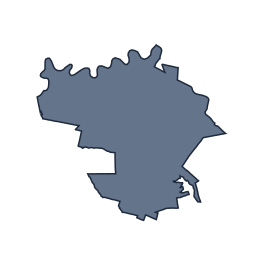 the district of Butea, Iasi, Romania, rotated 102°
{"feature_id": "2599482B5832134522428", "entity_name": "Butea", "entity_type": "district", "adm_level": 2, "iso_a3": "ROU", "parent_name": "Romania", "parent_adm1": "Iasi", "projection": "mercator", "projection_center": [26.967, 47.08], "detail": "fine", "context": "isolated", "style": "filled", "palette": "slate", "viewbox_px": 256, "rotation_deg": 102, "n_neighbors": 0, "source": "geoboundaries", "source_scale": "gbopen_adm2", "svg_char_len": 5716}
<svg xmlns="http://www.w3.org/2000/svg" viewBox="0 0 256 256"><g transform="rotate(102 128 128)"><path d="M108.9,218.0L109.6,218.4L111.7,219.2L113.8,220.3L114.4,220.7L115.1,221.5L116.5,223.3L120.6,221.6L123.4,220.4L131.1,217.0L129.9,216.5L132.5,214.8L132.6,215.1L132.9,215.9L134.3,215.2L134.4,214.7L136.7,213.2L136.8,213.0L136.7,212.8L136.6,212.4L136.6,211.9L136.6,206.9L136.5,206.4L136.5,201.3L136.5,200.6L136.4,199.5L136.2,196.2L136.3,195.1L136.2,193.8L136.0,178.3L135.9,176.4L139.6,178.6L140.3,179.1L140.6,178.8L140.5,177.8L140.6,175.2L140.6,172.8L141.8,172.8L149.3,172.8L156.0,173.0L156.3,172.4L156.2,171.9L156.4,170.6L156.2,169.5L156.4,169.3L157.0,168.9L157.2,168.3L157.1,167.9L156.5,167.5L156.2,167.5L156.2,167.3L156.0,166.6L155.4,165.5L155.5,164.6L155.4,163.9L155.5,163.4L155.8,162.8L155.8,162.4L155.4,161.5L154.6,159.4L154.6,158.6L154.8,157.4L154.0,155.0L153.3,149.4L153.6,147.3L154.8,144.2L155.0,142.9L154.8,142.3L154.9,141.7L155.3,140.9L155.4,140.1L155.1,138.1L154.9,135.5L157.9,134.9L168.7,132.4L172.5,131.4L173.4,131.0L175.3,130.5L176.3,135.2L177.1,138.9L177.3,139.7L177.7,141.3L177.9,142.9L178.4,144.6L179.0,147.7L179.8,150.9L180.3,153.5L181.2,157.3L181.2,157.8L183.0,156.6L183.4,156.3L183.9,155.8L184.1,154.8L184.5,154.5L185.2,154.2L185.3,154.0L186.1,153.5L186.4,153.3L186.6,153.0L186.9,152.8L187.2,152.7L187.7,152.3L188.8,151.6L189.6,150.2L190.0,150.0L190.4,149.7L190.9,149.1L191.4,148.9L192.2,148.7L192.7,148.4L194.1,147.0L195.1,145.3L195.2,144.9L195.3,144.9L196.0,144.2L197.1,143.5L197.3,143.3L197.5,142.6L197.8,142.3L198.6,141.6L198.6,141.4L198.9,141.1L199.5,140.5L200.3,140.1L200.6,138.9L200.9,138.5L201.2,138.2L201.0,137.8L200.8,136.7L200.7,136.2L200.7,134.7L200.8,134.2L200.8,133.5L200.9,131.5L201.2,128.7L201.1,127.3L201.1,124.8L201.2,124.5L201.3,122.6L201.3,122.2L201.4,121.8L201.4,120.6L206.0,121.1L206.4,120.9L207.2,120.2L207.8,119.5L208.3,119.6L208.7,118.9L209.3,118.4L210.4,117.0L211.3,116.4L211.7,115.9L211.3,114.3L211.6,107.4L211.5,106.8L211.6,104.3L211.8,100.4L213.9,100.7L214.1,99.5L214.8,96.4L215.1,93.5L209.4,92.7L209.5,91.8L210.4,87.5L210.8,85.8L211.7,81.3L205.0,81.0L204.9,82.6L204.7,83.6L201.7,78.8L200.0,75.8L199.3,74.9L198.9,74.3L198.4,73.0L197.2,68.7L197.1,67.8L196.7,66.1L196.4,64.0L195.8,62.2L194.3,62.8L192.4,63.7L189.3,64.7L186.2,65.9L185.7,64.3L185.1,62.3L184.7,61.8L184.3,61.1L183.8,60.5L182.9,59.0L182.5,58.3L182.3,57.6L182.1,57.3L181.5,56.9L181.2,56.5L180.6,55.0L180.3,54.4L179.2,55.0L177.7,56.1L178.2,57.3L178.6,58.3L179.4,59.5L179.8,60.4L180.1,61.4L180.3,62.2L180.3,62.7L180.2,63.3L180.0,63.7L179.9,63.8L179.8,63.7L179.5,63.3L179.0,62.6L177.2,61.7L176.6,61.1L175.7,61.4L173.8,62.4L173.8,62.5L174.0,62.7L174.7,63.3L175.4,64.3L175.4,64.5L174.9,64.2L174.3,64.0L173.9,64.0L173.3,64.1L173.0,64.1L172.2,63.4L171.2,63.1L170.9,63.0L170.2,63.3L170.1,63.5L170.5,64.5L170.7,65.7L170.6,66.8L170.6,67.7L171.3,69.1L171.3,69.4L171.2,70.6L171.2,71.4L171.2,71.9L170.8,72.7L170.6,72.7L170.3,71.4L170.1,70.8L169.9,70.4L169.1,69.5L168.0,68.7L167.7,68.5L167.2,68.1L166.6,67.2L166.4,66.5L164.1,67.1L164.5,66.3L164.4,65.2L164.6,63.9L165.5,62.9L166.4,62.2L167.2,61.0L167.7,59.8L166.9,59.0L167.9,57.8L168.2,57.6L169.3,56.9L169.8,56.4L170.0,56.0L170.2,55.5L170.4,54.4L170.8,53.1L171.0,52.7L171.3,52.2L172.8,51.8L173.2,51.5L174.3,50.5L174.7,50.3L175.5,50.0L177.2,49.8L178.2,49.6L180.4,49.4L181.2,49.1L182.1,48.6L182.2,48.2L182.9,47.3L183.6,46.9L184.4,45.9L185.0,45.2L185.7,44.4L185.6,43.9L185.3,41.6L183.9,42.3L183.9,42.5L181.8,43.7L181.3,44.1L178.1,45.8L176.6,46.3L174.7,47.2L171.4,48.8L168.9,50.2L167.9,50.9L165.4,48.3L165.0,48.0L164.4,49.0L164.3,49.5L164.1,49.8L163.7,50.5L163.4,50.8L162.3,52.8L161.3,54.6L160.6,55.7L160.1,56.6L159.8,57.4L159.2,58.3L158.9,58.5L158.7,58.9L157.8,60.5L157.2,61.7L157.4,61.8L154.4,67.1L144.4,63.1L144.0,63.1L142.8,62.5L141.7,62.0L134.1,58.3L133.6,57.9L128.5,55.6L127.7,55.1L125.2,53.8L123.8,53.3L122.9,53.0L121.8,52.4L113.0,31.4L112.7,32.1L110.8,35.4L107.5,40.6L107.5,42.0L107.2,43.3L106.7,44.3L105.7,44.1L105.1,44.1L104.6,45.4L104.2,46.1L103.5,46.8L102.2,48.2L101.3,49.2L100.9,49.9L99.0,53.7L98.6,54.5L98.2,55.0L97.8,55.4L97.3,55.6L96.6,55.8L96.1,55.8L95.7,55.7L93.6,54.9L93.0,54.7L89.7,54.9L84.2,54.8L83.6,54.9L82.9,55.2L82.1,55.9L81.6,56.6L81.3,57.4L80.9,59.2L80.7,60.8L80.6,61.4L80.5,63.2L80.6,64.7L80.5,67.5L80.4,68.5L80.2,69.3L79.9,70.2L79.3,71.1L78.6,72.0L77.9,72.5L77.1,73.0L75.6,73.8L75.1,74.2L74.7,74.8L74.3,75.6L73.4,79.2L72.5,82.7L71.2,87.8L70.8,89.7L58.6,91.5L58.7,94.1L58.6,96.4L58.6,102.6L58.5,107.3L58.6,107.6L59.1,107.9L65.9,103.5L65.1,106.5L63.9,110.6L63.6,111.6L62.7,114.8L62.6,115.0L62.0,114.9L61.3,114.5L61.0,114.4L59.5,114.4L54.9,112.2L53.9,111.6L53.7,111.5L53.7,111.3L54.2,111.0L53.1,111.3L51.4,111.5L46.7,111.1L45.8,111.1L45.2,111.2L44.5,111.5L43.8,111.9L43.2,112.4L42.5,113.5L42.0,114.7L41.0,117.5L40.9,117.7L41.6,117.9L43.2,119.0L46.1,120.8L48.4,121.2L52.0,121.0L55.7,123.6L57.4,126.4L56.8,129.7L51.6,134.4L50.9,137.2L50.8,140.5L52.0,142.3L54.4,143.3L56.8,143.1L60.2,141.2L63.3,140.7L66.0,142.0L66.3,144.3L62.5,150.2L62.0,155.2L63.5,157.0L65.4,157.8L68.3,157.5L71.8,157.9L73.8,160.1L72.7,166.4L73.4,169.0L75.1,170.1L77.4,170.4L83.2,168.8L84.7,169.5L85.8,170.8L86.0,173.0L84.9,175.4L82.7,176.8L79.7,177.3L77.9,178.6L77.8,180.3L78.6,183.0L80.5,185.4L87.1,191.6L88.3,193.9L88.0,195.6L85.9,197.0L83.6,196.9L80.9,195.6L78.5,195.6L77.7,196.5L77.8,198.0L79.2,199.4L82.0,202.0L84.3,203.3L85.7,205.2L86.3,207.4L86.4,209.2L85.5,211.5L84.2,213.0L78.4,216.9L76.1,219.4L76.5,221.1L77.9,222.8L80.2,222.9L87.7,221.4L89.5,222.2L91.0,223.4L93.1,224.6L95.0,224.6L95.9,223.8L96.4,222.0L96.7,220.3L96.2,218.4L96.5,216.4L98.5,215.2L101.9,214.6L105.1,214.3L108.0,215.5L109.0,217.6L108.9,218.0Z" fill="#64748b" stroke="#1e293b" stroke-width="1.5"/></g></svg>